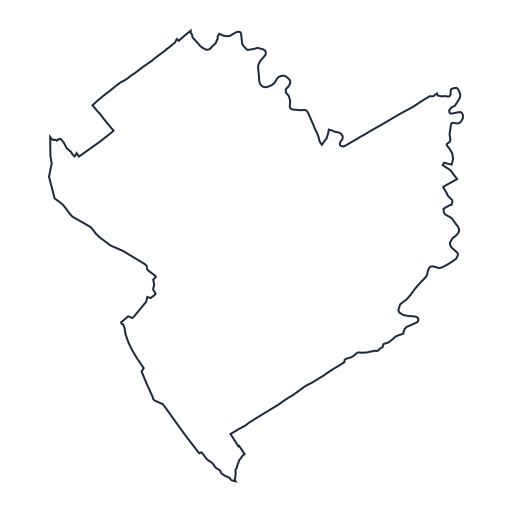 outline of Hantesti, Suceava, Romania
{"feature_id": "2599482B54866642936153", "entity_name": "Hantesti", "entity_type": "district", "adm_level": 2, "iso_a3": "ROU", "parent_name": "Romania", "parent_adm1": "Suceava", "projection": "mercator", "projection_center": [26.365, 47.754], "detail": "fine", "context": "isolated", "style": "outline", "palette": "slate", "viewbox_px": 512, "rotation_deg": 0, "n_neighbors": 0, "source": "geoboundaries", "source_scale": "gbopen_adm2", "svg_char_len": 5938}
<svg xmlns="http://www.w3.org/2000/svg" viewBox="0 0 512 512"><path d="M219.3,33.8L217.6,36.7L217.6,39.1L217.4,39.6L216.9,40.0L215.8,43.2L212.2,46.4L210.0,49.0L207.9,49.7L206.1,49.7L202.4,47.7L200.4,46.2L195.2,40.2L193.0,38.0L192.3,36.8L192.2,35.1L191.7,34.1L190.7,33.0L190.7,30.7L186.7,33.9L178.6,40.8L177.0,39.0L175.9,40.5L175.3,42.3L167.1,48.9L166.0,49.5L165.9,50.0L155.1,58.0L152.2,60.5L141.9,67.7L135.0,73.0L129.9,76.4L128.3,77.9L123.4,81.1L121.6,81.7L116.1,85.7L109.7,91.0L102.6,96.4L96.7,101.4L92.5,105.3L98.1,112.0L98.8,112.5L99.1,112.8L105.7,121.3L111.2,128.0L113.6,130.7L110.3,133.5L99.7,141.8L79.0,156.6L76.6,153.1L75.2,155.7L74.5,156.4L73.0,154.9L72.1,153.8L70.7,151.5L70.2,151.3L69.6,150.9L68.4,149.5L66.7,148.2L63.6,142.3L62.7,141.5L61.1,139.4L60.6,139.0L59.2,138.9L58.5,139.7L57.7,139.7L57.4,140.2L56.7,140.7L55.2,139.7L54.2,139.9L53.1,140.0L51.6,138.9L50.2,137.0L50.4,155.7L51.7,163.5L49.0,176.7L54.6,198.4L59.7,202.1L63.4,205.3L69.3,213.1L72.2,216.5L90.7,227.1L93.3,230.2L95.6,233.4L99.5,237.2L110.7,245.6L123.1,251.0L144.5,263.9L146.5,265.5L147.2,269.3L148.2,270.5L154.4,275.1L155.9,276.8L153.2,279.7L154.1,284.2L154.0,285.9L153.3,288.1L153.1,289.2L153.6,290.5L155.7,293.7L154.4,295.2L150.5,298.1L147.4,296.9L146.1,301.9L133.4,317.2L131.9,318.0L129.4,316.7L128.1,316.4L123.1,320.7L121.1,322.2L121.7,323.9L123.1,324.3L124.6,328.2L125.6,334.6L128.4,342.4L132.1,350.1L136.8,358.0L143.7,368.1L141.6,371.6L147.0,384.5L152.7,397.0L153.0,398.7L154.6,400.5L158.3,402.2L162.9,404.2L167.6,410.6L173.1,418.4L186.0,436.2L199.2,453.3L201.2,452.3L203.2,454.3L205.7,457.9L208.0,460.2L210.8,461.9L212.1,462.9L213.9,465.0L214.8,466.7L216.1,467.9L219.7,470.2L220.4,471.0L221.1,472.9L221.8,473.8L225.0,475.8L229.7,477.9L230.5,479.3L231.5,480.1L232.5,480.6L235.5,481.3L234.9,480.4L234.8,479.7L235.3,476.6L235.6,474.3L235.6,472.9L235.5,470.6L235.6,469.8L235.9,469.1L236.6,468.3L236.9,467.8L237.2,465.9L238.1,463.2L238.7,462.1L239.0,460.6L239.4,459.9L240.2,459.1L242.0,456.4L243.2,455.2L244.6,454.1L239.2,445.9L238.4,446.4L230.5,434.0L239.6,428.6L244.9,425.8L246.6,424.6L248.4,423.1L259.1,416.4L279.0,404.3L283.6,400.9L290.2,396.6L291.4,396.2L305.3,386.1L312.1,382.6L320.7,377.3L324.1,375.3L325.9,373.9L333.2,369.0L338.7,365.8L344.3,362.2L344.6,360.2L344.7,359.7L347.2,358.4L350.2,357.6L353.0,356.4L353.8,355.6L355.4,354.4L356.5,353.2L358.5,352.4L361.2,352.7L366.6,352.5L371.0,351.5L372.9,351.3L374.0,350.7L377.1,351.0L378.4,350.2L379.7,348.9L381.1,347.9L382.6,347.1L383.4,344.2L384.3,343.7L388.1,342.6L389.8,341.5L391.8,339.8L393.0,339.0L394.9,337.0L396.3,336.2L399.8,334.8L401.6,334.4L403.5,333.5L403.7,331.3L404.5,329.1L406.5,327.0L416.0,322.8L417.8,321.6L418.5,319.8L417.8,317.8L416.2,316.8L412.6,316.2L408.8,316.1L403.3,315.0L399.3,312.5L398.4,310.3L398.9,308.2L400.1,304.4L406.5,299.5L410.4,295.1L414.3,289.7L417.5,285.8L421.4,281.6L425.8,277.1L427.1,274.7L427.8,271.1L429.2,267.8L431.0,266.4L433.6,266.5L436.0,267.2L438.8,268.1L441.8,267.5L447.9,264.3L452.3,261.5L456.2,258.7L457.8,255.4L457.9,253.5L455.6,251.0L451.3,247.4L450.0,244.5L450.0,242.6L452.1,238.8L453.8,237.1L454.5,236.9L456.5,235.1L458.2,233.0L459.0,231.3L458.9,230.8L459.1,230.1L458.9,229.2L458.7,228.6L458.1,226.9L457.2,225.7L453.9,221.4L452.0,218.5L449.8,217.0L445.9,214.9L445.2,214.3L444.3,213.1L443.9,212.4L443.5,208.8L446.8,206.8L449.7,205.2L451.5,204.8L452.4,202.1L452.3,200.3L447.8,195.6L446.1,192.1L443.2,187.3L443.5,186.6L457.1,179.1L450.5,170.3L442.7,165.1L444.0,162.8L451.6,164.6L453.1,159.1L452.2,153.1L451.3,151.8L449.4,148.6L446.8,145.3L446.7,144.9L446.7,144.4L446.9,143.9L449.2,142.3L450.0,141.4L450.2,140.7L450.3,140.1L450.3,138.9L449.6,134.5L449.6,133.5L450.3,129.6L450.7,126.3L450.9,124.9L451.4,123.4L451.6,123.2L452.2,123.0L453.5,122.8L456.5,123.4L457.2,123.4L458.4,123.3L459.7,122.8L461.2,121.3L462.5,119.1L462.8,118.2L462.9,117.4L463.0,115.9L462.8,114.9L462.1,113.3L461.2,112.4L460.6,112.2L459.0,112.1L451.9,113.6L450.4,113.4L449.9,113.1L449.5,112.4L449.2,111.3L449.4,110.1L449.9,109.1L451.5,107.5L453.5,106.5L454.8,105.7L455.3,105.2L459.0,99.3L459.8,97.9L460.1,96.5L460.2,95.7L460.2,94.1L459.2,91.4L458.3,89.7L457.6,88.7L456.8,88.0L456.2,87.9L453.9,88.1L451.3,89.1L450.8,89.7L450.7,90.2L450.6,94.5L450.0,95.7L449.4,96.2L448.7,96.5L448.1,96.6L445.2,96.1L440.9,96.3L437.7,95.5L437.3,94.8L437.1,93.5L435.0,94.7L434.3,95.6L433.2,96.2L432.0,96.4L430.0,96.1L423.5,99.9L412.6,107.1L399.2,114.3L386.2,122.0L368.9,131.9L366.0,133.7L361.1,136.4L355.3,139.9L343.8,146.5L341.1,146.0L340.6,145.7L340.0,144.9L339.8,144.3L339.9,143.6L340.3,142.2L340.7,141.3L342.2,139.5L342.5,138.8L342.7,137.9L342.7,136.8L342.5,135.9L341.7,134.6L340.5,133.4L338.7,132.5L338.1,132.3L335.6,132.0L331.4,130.3L328.8,129.6L328.2,133.2L326.7,138.1L326.5,138.6L324.6,140.8L321.9,144.8L320.7,143.3L319.8,141.6L319.4,140.6L318.5,137.0L317.8,134.9L316.7,132.3L314.9,128.9L313.1,124.2L311.8,121.4L309.4,115.7L308.0,112.7L307.0,111.2L306.1,110.5L305.6,110.2L304.5,110.0L300.4,110.2L292.7,109.5L291.5,109.1L290.6,108.5L289.9,107.5L289.8,107.0L289.8,106.0L290.1,102.1L290.1,100.8L289.7,98.8L289.0,96.8L288.5,95.5L286.1,92.8L285.8,92.1L285.7,91.3L285.7,90.5L285.8,89.7L286.3,88.7L287.8,87.2L288.6,86.1L289.5,84.8L290.1,83.3L290.2,82.0L290.1,81.1L289.8,80.3L289.2,79.3L288.0,78.2L286.1,76.6L284.9,75.9L284.3,75.8L282.4,75.7L279.4,76.6L278.8,76.9L277.6,78.0L276.8,79.1L274.9,82.3L273.8,83.6L272.3,84.7L271.5,85.2L268.3,86.6L267.2,87.0L264.9,87.2L263.0,86.7L261.9,86.1L260.9,85.0L260.5,84.5L259.7,82.8L259.2,80.5L258.9,75.9L258.1,67.5L258.1,66.4L258.4,64.9L258.9,63.7L260.2,61.0L265.1,55.4L265.6,54.6L265.7,54.1L265.8,53.0L265.7,51.8L265.3,51.0L264.6,50.3L263.4,49.4L259.5,48.4L258.1,47.9L257.2,47.9L255.0,48.7L248.1,49.9L247.2,49.8L246.7,49.4L244.0,46.5L242.8,44.9L242.3,44.1L242.0,42.5L241.1,33.9L240.7,32.8L240.1,32.1L239.3,31.9L238.1,31.8L236.7,32.0L235.6,32.5L230.4,35.6L229.4,36.0L227.8,36.2L225.9,36.1L223.4,35.6L219.7,34.0L219.3,33.8Z" fill="none" stroke="#1e293b" stroke-width="2"/></svg>